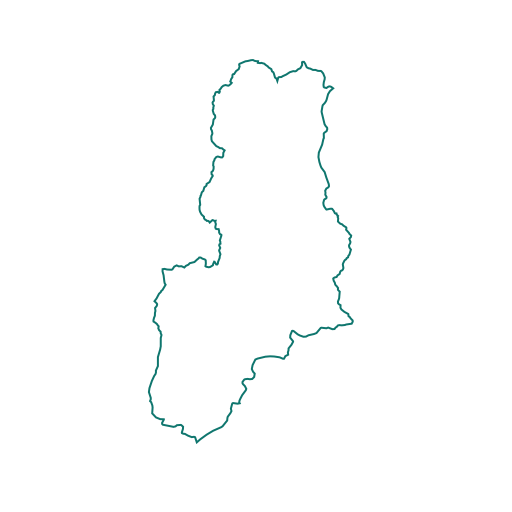 Muong Lat, Thanh Hóa, Vietnam (Mercator projection), rotated 120°
{"feature_id": "81297802B72565329345275", "entity_name": "Muong Lat", "entity_type": "district", "adm_level": 2, "iso_a3": "VNM", "parent_name": "Vietnam", "parent_adm1": "Thanh Hóa", "projection": "mercator", "projection_center": [104.609, 20.511], "detail": "fine", "context": "isolated", "style": "outline", "palette": "teal", "viewbox_px": 512, "rotation_deg": 120, "n_neighbors": 0, "source": "geoboundaries", "source_scale": "gbopen_adm2", "svg_char_len": 6094}
<svg xmlns="http://www.w3.org/2000/svg" viewBox="0 0 512 512"><g transform="rotate(120 256 256)"><path d="M391.7,196.5L391.1,197.4L389.4,198.0L387.4,198.2L383.4,198.4L377.4,197.7L375.9,198.0L374.2,200.6L373.5,203.1L373.0,204.0L371.9,204.7L369.0,204.4L368.2,203.9L366.6,201.8L365.8,199.7L364.4,197.8L361.7,197.1L358.5,198.3L357.7,200.7L356.0,203.1L352.2,204.4L346.0,204.8L344.0,203.3L338.5,197.5L335.8,193.6L333.9,189.9L332.4,186.1L331.9,184.7L331.5,181.3L331.0,180.4L328.0,180.5L325.4,178.8L323.5,180.2L321.4,180.7L319.7,181.6L315.2,180.9L311.7,181.0L311.3,181.3L309.6,185.6L307.4,186.7L302.9,187.3L302.4,186.8L302.2,185.9L303.0,180.7L302.9,178.2L302.2,174.5L300.8,172.4L298.4,170.9L294.5,166.7L292.5,165.1L286.0,164.0L285.4,163.5L283.4,158.9L281.9,157.7L281.2,153.3L280.0,151.5L278.2,151.3L276.9,150.6L275.3,150.4L274.2,149.3L273.2,147.1L271.3,144.5L270.2,143.6L266.8,139.3L264.5,139.4L263.5,140.1L262.7,142.9L262.0,144.2L261.9,145.7L260.1,147.1L260.2,151.5L259.6,155.3L258.6,157.0L256.3,158.2L256.3,160.2L255.9,161.3L254.4,162.3L252.1,162.6L250.9,162.9L245.0,165.7L244.4,167.9L243.8,168.5L242.7,168.9L241.7,171.2L241.5,172.3L241.0,173.2L239.7,174.4L238.6,176.3L237.0,177.8L236.5,177.8L235.3,177.2L233.9,175.7L232.0,175.7L229.8,174.6L227.4,175.2L226.3,175.0L225.3,174.2L224.2,174.0L222.7,174.3L219.9,176.6L218.8,176.9L215.8,177.1L214.6,176.8L213.8,176.3L212.5,176.4L211.1,175.6L209.7,176.1L208.1,175.8L203.0,177.0L202.0,179.3L201.0,180.3L200.1,180.8L198.0,180.8L196.6,181.2L194.5,183.8L192.1,183.3L190.7,183.8L190.1,186.2L189.5,187.1L188.2,191.1L186.5,191.7L186.1,192.3L186.0,195.5L185.5,197.2L185.9,199.1L185.3,201.8L185.1,202.3L182.2,203.7L181.3,204.9L180.3,204.9L179.8,206.7L178.9,207.6L179.5,208.4L179.5,209.1L178.2,211.0L177.1,213.6L177.2,214.1L178.1,215.5L180.5,218.1L180.5,218.6L179.1,221.6L178.1,222.9L176.3,224.3L173.3,225.1L172.7,225.0L170.9,224.0L170.3,224.1L169.6,224.4L168.3,226.6L166.4,227.5L164.9,228.7L162.4,228.8L160.4,227.7L159.0,227.7L157.4,228.9L152.9,234.3L149.0,238.5L146.8,243.6L145.4,245.4L142.9,248.1L139.1,251.4L135.0,253.3L126.5,254.4L121.1,256.1L119.9,256.2L116.2,258.5L115.2,258.5L112.6,257.3L110.5,257.7L109.3,258.6L108.7,260.5L107.6,262.5L99.0,270.7L98.0,271.5L92.9,273.4L92.0,273.6L89.0,272.9L86.9,272.8L85.4,273.0L79.8,274.5L76.3,274.4L72.2,273.0L71.9,275.4L72.2,276.9L72.7,277.6L73.7,278.3L75.3,279.0L75.9,281.1L75.7,281.9L74.1,283.1L71.5,284.2L68.7,284.9L67.0,285.7L64.3,289.1L63.3,291.8L63.4,292.5L64.7,294.9L65.1,297.5L66.4,299.8L66.6,302.8L67.1,304.2L67.2,305.4L67.2,306.3L66.9,306.9L64.9,309.5L63.9,311.5L64.4,312.5L65.2,313.0L67.6,311.5L71.2,311.5L73.4,313.0L75.5,313.6L76.5,314.4L77.3,316.2L79.9,318.6L83.7,320.5L87.1,322.9L88.3,323.5L89.7,325.6L90.4,325.9L93.8,325.0L92.0,327.1L92.1,328.1L91.8,328.9L89.0,331.8L88.2,332.9L88.1,334.4L86.5,336.2L86.4,339.4L85.9,340.5L85.7,343.3L85.3,344.9L86.1,348.0L86.9,348.8L87.8,351.0L86.3,351.6L87.1,353.0L87.7,354.8L87.8,356.6L88.9,358.2L91.2,360.6L92.7,362.5L97.9,366.4L98.9,366.2L100.0,365.0L102.8,364.4L105.8,365.7L109.4,365.9L109.9,366.7L111.0,366.9L113.1,365.8L114.8,366.0L117.8,365.5L118.2,363.6L119.7,363.9L121.8,364.7L122.4,365.2L123.2,367.9L124.8,369.4L127.0,370.2L128.6,370.2L130.5,370.7L131.8,369.5L133.0,369.4L133.3,370.0L133.0,370.9L133.1,371.4L134.3,372.7L134.7,372.7L135.9,372.6L137.2,372.1L139.1,372.5L142.2,370.3L142.8,370.1L144.1,370.4L144.9,370.3L146.1,369.3L146.9,367.7L148.8,367.2L149.9,366.5L151.0,366.5L151.7,366.1L154.1,363.6L154.7,361.8L156.1,360.7L157.2,360.5L159.0,361.0L163.8,359.1L167.6,359.1L168.7,358.3L169.4,357.0L171.2,355.4L172.0,354.9L174.5,354.6L177.3,352.9L178.7,351.5L180.7,345.3L180.5,343.0L180.7,341.4L179.7,339.2L180.1,337.7L180.2,336.0L183.0,335.9L185.8,334.4L187.4,334.5L188.1,335.5L188.9,338.7L189.2,339.1L190.2,339.9L192.9,340.3L194.0,339.9L195.8,339.9L199.0,338.4L199.7,337.4L201.8,336.3L203.7,335.9L205.7,336.5L207.5,335.2L207.8,333.9L208.3,333.5L211.2,333.6L215.2,333.2L218.3,334.8L219.6,334.2L220.5,334.3L222.3,335.1L226.0,334.2L227.5,334.7L228.3,334.7L231.0,334.0L231.7,334.1L232.4,333.7L234.6,333.5L239.6,329.9L240.9,329.9L242.6,329.0L244.3,327.9L245.6,326.6L247.3,323.9L248.0,320.7L249.1,320.1L249.9,318.7L249.9,316.9L250.2,316.2L249.6,315.2L249.5,314.3L250.2,312.8L246.7,311.7L246.5,311.2L246.4,309.6L245.7,308.6L247.0,308.3L248.4,306.7L251.4,305.7L252.5,304.5L252.2,303.1L251.4,301.8L252.7,300.5L254.2,299.6L255.1,298.0L254.9,296.7L255.6,296.2L260.6,295.1L261.6,293.9L262.6,293.4L263.1,292.9L264.2,293.5L265.2,293.2L266.9,291.0L269.4,290.8L269.9,290.5L272.2,287.7L274.2,287.3L275.9,286.5L280.2,285.9L281.7,285.2L282.8,285.4L283.2,286.2L281.7,289.0L281.8,289.4L284.4,289.1L285.6,288.7L288.4,290.2L289.4,291.3L290.2,293.8L290.1,294.7L287.9,295.5L285.0,297.3L284.7,297.8L284.6,298.7L285.1,301.1L285.0,303.1L285.7,304.4L287.0,304.6L288.4,305.2L292.0,306.3L295.4,309.8L297.3,310.2L299.6,311.8L301.8,312.3L302.1,315.4L303.6,317.7L303.8,320.0L306.1,321.5L309.3,321.7L310.1,322.2L312.2,326.3L312.9,328.8L314.1,330.3L316.1,329.2L318.9,326.4L324.1,322.5L325.3,321.4L326.1,319.9L332.2,320.0L333.8,320.6L334.8,320.4L337.2,321.1L342.5,320.9L345.9,321.3L346.5,318.8L347.0,317.7L347.6,317.3L348.9,317.0L351.5,317.4L353.9,315.6L355.7,315.1L358.3,313.7L360.5,313.4L362.9,312.7L364.0,312.0L364.1,309.7L364.5,307.6L365.2,306.3L365.4,305.4L365.8,305.0L367.4,304.5L368.7,302.8L369.2,300.8L370.8,299.7L371.3,298.7L371.8,298.3L374.6,297.5L381.9,293.3L385.1,292.2L392.6,290.4L400.4,285.9L405.3,285.4L406.7,284.5L408.4,284.0L410.7,284.2L416.3,283.7L423.7,282.2L427.4,280.7L431.5,276.2L432.7,275.5L434.6,275.2L435.0,273.7L437.3,271.0L438.9,269.8L444.2,267.2L445.8,261.9L445.2,257.4L443.5,254.2L443.8,254.0L447.5,253.9L448.4,253.3L448.7,252.3L445.2,242.0L443.8,240.5L442.1,239.9L439.9,236.7L439.8,236.2L440.3,233.8L442.3,232.8L445.9,232.0L446.4,231.6L446.3,230.2L445.6,228.6L445.6,225.2L445.0,221.1L443.6,219.3L443.4,218.1L447.0,214.1L442.6,212.6L435.4,209.4L428.7,205.7L421.6,200.5L420.1,199.8L412.9,198.7L410.5,199.8L409.3,200.1L404.9,199.6L402.6,199.7L400.8,201.4L396.1,202.7L395.3,202.7L394.8,202.3L393.1,198.1L391.7,196.5Z" fill="none" stroke="#0f766e" stroke-width="2"/></g></svg>